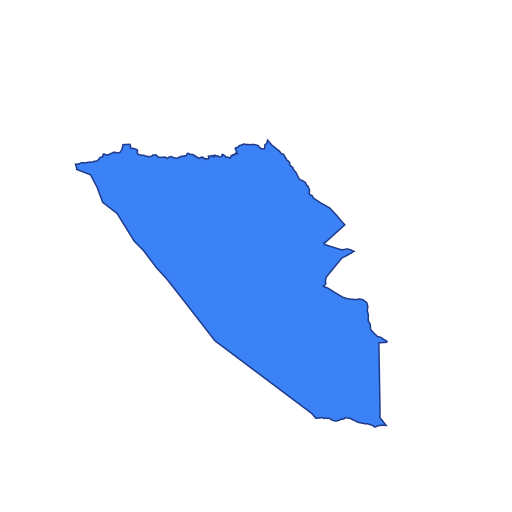 outline of Jaman South Municipal, Brong Ahafo, Ghana, rotated 303°
{"feature_id": "2480657B92052873943163", "entity_name": "Jaman South Municipal", "entity_type": "district", "adm_level": 2, "iso_a3": "GHA", "parent_name": "Ghana", "parent_adm1": "Brong Ahafo", "projection": "equal_earth", "projection_center": [-2.766, 7.621], "detail": "fine", "context": "isolated", "style": "filled", "palette": "blue", "viewbox_px": 512, "rotation_deg": 303, "n_neighbors": 0, "source": "geoboundaries", "source_scale": "gbopen_adm2", "svg_char_len": 6021}
<svg xmlns="http://www.w3.org/2000/svg" viewBox="0 0 512 512"><g transform="rotate(303 256 256)"><path d="M359.5,202.7L357.1,203.4L356.0,203.5L354.0,202.9L353.8,203.0L352.4,204.0L350.0,204.6L349.5,203.5L349.3,202.2L348.7,201.4L348.8,200.3L349.7,198.0L349.7,197.4L349.1,195.5L348.4,193.7L347.7,192.3L347.5,192.0L346.8,191.6L346.6,191.3L346.3,190.3L345.5,189.5L345.4,189.2L345.0,188.2L344.1,187.1L343.5,185.0L341.0,183.2L340.7,183.1L340.4,182.6L340.2,182.4L339.2,181.8L337.9,181.8L337.6,181.7L337.0,181.0L336.4,180.8L335.9,180.2L335.7,180.1L335.4,180.2L334.9,180.0L334.6,180.2L331.7,184.7L331.2,184.0L331.3,183.0L331.0,182.8L330.3,182.9L329.8,182.7L329.6,182.7L329.2,183.0L328.9,182.1L328.5,181.5L328.2,181.3L327.9,181.3L327.7,181.5L327.3,181.6L327.1,181.5L326.9,180.6L324.1,181.1L324.1,180.6L323.9,180.4L323.8,178.9L323.6,178.4L322.7,177.7L322.4,177.3L322.5,176.6L323.0,176.1L323.1,175.9L323.0,174.6L323.2,173.8L323.1,172.8L323.0,172.4L322.9,172.4L322.7,172.5L322.5,172.9L322.4,172.9L322.1,172.5L321.9,172.5L321.7,172.9L321.5,173.0L321.0,172.9L320.8,172.9L319.5,171.9L319.2,171.6L319.1,170.9L319.2,169.6L319.2,169.3L318.4,168.5L318.2,168.1L318.2,167.8L318.2,166.8L318.1,166.3L317.8,166.1L317.6,166.1L316.8,167.0L316.1,166.5L316.0,166.1L316.4,165.2L316.4,164.7L315.8,163.7L315.6,163.6L315.1,163.8L314.7,163.6L314.5,163.4L314.2,162.5L313.9,162.4L313.9,162.1L314.0,161.9L314.0,161.7L313.7,161.6L313.3,162.3L312.5,163.1L312.1,163.3L311.7,163.2L311.2,162.6L310.4,161.3L309.6,160.9L309.6,160.5L309.9,160.3L310.0,160.0L309.9,159.7L309.7,159.0L309.3,158.4L309.2,157.8L309.2,157.6L309.3,157.6L309.8,157.7L309.8,157.2L309.5,157.0L309.2,156.3L308.8,156.2L308.2,155.8L307.8,155.9L307.5,155.3L306.9,155.2L306.8,154.3L306.5,153.6L306.5,153.3L306.9,153.1L306.9,152.9L306.8,152.2L306.8,151.1L306.7,150.8L306.3,150.9L306.2,150.6L306.4,150.1L306.8,149.8L306.9,149.5L306.9,149.2L306.8,148.7L306.6,148.4L306.5,148.1L306.4,147.2L305.7,146.1L305.5,145.6L305.4,145.2L305.4,144.5L305.1,142.9L304.9,142.8L303.9,142.5L303.5,142.6L302.8,142.9L302.5,142.9L301.4,142.4L301.0,141.3L300.0,140.7L299.8,140.3L299.6,139.8L299.3,139.3L298.1,138.5L297.3,138.3L296.9,137.6L296.6,137.2L295.4,137.0L294.9,136.7L293.5,133.0L293.4,132.7L293.4,131.0L293.1,130.5L291.8,129.8L291.3,128.9L289.6,128.5L289.3,125.4L288.7,124.9L287.7,123.6L287.4,123.1L287.0,122.7L286.6,122.2L286.1,121.0L285.8,120.1L285.8,119.1L285.9,118.6L286.4,117.7L286.4,117.2L284.5,114.5L283.8,114.5L282.9,114.2L282.6,113.9L282.2,113.2L281.0,112.6L280.7,112.4L280.5,112.1L280.6,111.4L280.6,110.7L280.1,109.9L279.7,109.5L279.6,109.2L279.5,108.8L279.6,107.6L277.3,103.2L277.2,102.4L277.7,100.2L278.1,99.7L279.0,99.4L280.0,99.3L280.3,98.6L280.2,97.3L279.7,95.2L278.6,93.1L278.4,91.7L278.8,91.2L279.4,91.3L280.3,90.5L281.0,89.5L280.6,88.8L276.9,83.8L273.1,85.3L272.3,85.4L271.0,85.6L269.9,85.6L268.9,85.4L268.0,85.0L267.4,84.3L267.1,83.8L265.8,80.5L265.3,79.9L264.0,79.5L263.7,79.5L263.3,78.6L263.0,78.4L262.7,78.2L261.8,78.1L260.4,76.9L259.0,75.2L259.0,74.2L259.0,73.6L258.7,72.9L258.5,72.6L257.9,72.4L256.5,73.3L255.6,73.2L255.2,73.1L255.0,72.7L253.5,71.5L253.3,71.5L251.8,71.5L249.3,70.9L248.7,70.6L248.3,70.0L248.0,69.7L247.2,68.6L247.0,68.4L246.0,68.2L244.9,66.7L244.5,65.7L241.8,62.7L240.7,61.7L240.2,60.3L239.1,58.8L237.3,57.7L236.1,56.6L234.7,54.6L234.2,55.2L232.3,57.5L230.9,58.4L234.0,73.0L227.3,85.0L217.5,98.2L216.0,116.4L202.2,145.6L199.2,159.0L191.9,179.0L188.1,193.7L179.2,219.8L162.5,267.8L154.3,388.5L152.5,394.6L153.4,395.6L153.6,396.1L154.3,396.7L154.9,397.8L156.4,399.2L156.6,399.7L156.7,400.8L156.9,401.6L158.1,402.9L158.4,403.6L158.8,404.1L159.0,404.7L159.7,405.6L159.9,406.6L159.8,407.6L159.6,408.4L159.6,408.6L160.0,409.1L160.1,410.0L160.3,410.5L160.6,411.9L160.7,412.3L161.4,413.1L161.8,413.7L162.1,413.9L162.5,414.1L163.7,415.5L164.7,415.6L165.0,415.7L165.3,416.0L165.5,416.4L166.0,417.3L167.5,418.6L168.5,418.7L168.9,419.0L169.2,419.4L170.0,420.9L170.2,421.5L170.8,422.7L171.2,423.8L171.1,424.7L171.3,425.7L171.4,426.7L171.8,428.2L171.9,431.0L172.2,431.8L172.2,432.3L172.5,433.3L173.2,434.8L173.4,436.0L173.9,436.7L174.3,437.5L174.8,439.1L175.1,439.6L176.2,441.3L176.4,442.1L176.5,443.0L176.9,444.1L177.5,445.9L177.4,446.8L177.1,447.9L177.2,448.8L177.7,449.3L178.0,449.4L178.5,449.8L179.4,450.2L180.1,451.1L181.0,451.7L181.7,452.3L182.1,453.0L182.2,453.6L182.7,453.9L184.8,457.4L187.9,448.1L198.2,441.3L249.7,406.6L250.2,406.4L254.5,412.3L255.6,412.6L255.8,411.9L255.8,411.6L255.7,410.7L255.8,409.8L255.6,409.4L255.5,408.3L255.7,407.6L255.7,405.8L255.7,404.7L255.3,403.9L254.7,401.6L254.6,400.9L255.0,400.0L255.2,398.8L255.1,398.4L256.6,392.9L256.7,392.2L260.8,389.1L262.7,385.8L262.8,385.6L262.7,385.5L267.9,382.2L270.0,379.9L270.2,379.4L274.7,377.2L277.2,374.3L277.6,369.7L276.3,366.0L275.0,364.9L274.3,364.3L273.2,362.2L271.7,359.6L269.7,355.4L269.5,353.7L268.9,352.2L268.7,351.1L268.7,349.4L268.4,347.6L268.5,345.7L268.3,342.3L268.3,338.0L268.3,335.6L268.1,333.1L267.8,332.1L267.1,328.2L267.9,329.3L268.2,329.5L271.1,329.6L271.9,328.5L272.3,328.2L272.9,327.9L273.9,327.4L274.9,326.9L276.0,326.6L277.4,326.5L301.1,329.1L306.0,332.0L309.1,333.5L310.6,334.5L312.7,335.1L313.3,335.7L313.4,335.2L312.9,334.8L312.8,334.1L313.0,332.8L312.8,332.1L312.3,331.0L312.0,329.4L311.0,327.9L309.6,326.6L308.4,325.2L307.3,322.9L306.9,321.5L305.0,314.6L304.0,310.8L303.6,309.1L303.3,308.3L303.2,307.6L303.3,306.8L303.9,305.9L304.2,306.5L330.5,313.5L332.4,306.4L334.2,300.8L335.4,295.7L336.4,292.1L335.8,281.1L335.8,275.6L335.8,272.7L336.7,271.1L337.2,270.3L336.9,267.4L337.3,266.7L340.1,265.2L340.6,264.8L342.8,261.6L342.9,260.0L343.0,259.7L344.5,257.5L344.6,256.4L344.6,255.3L344.4,253.5L344.0,251.7L344.0,251.1L344.2,250.1L347.0,245.4L347.9,243.9L348.1,243.3L348.4,241.8L348.7,240.8L349.1,240.2L350.3,238.5L350.4,236.2L350.7,235.5L350.8,234.9L352.9,233.0L353.2,231.6L353.2,229.9L353.4,229.4L353.6,228.8L354.1,228.3L356.3,223.6L355.6,221.5L356.9,218.1L356.8,216.5L357.1,214.1L357.4,211.8L357.6,209.2L357.7,208.6L359.5,202.7Z" fill="#3b82f6" stroke="#1e3a8a" stroke-width="1.5"/></g></svg>